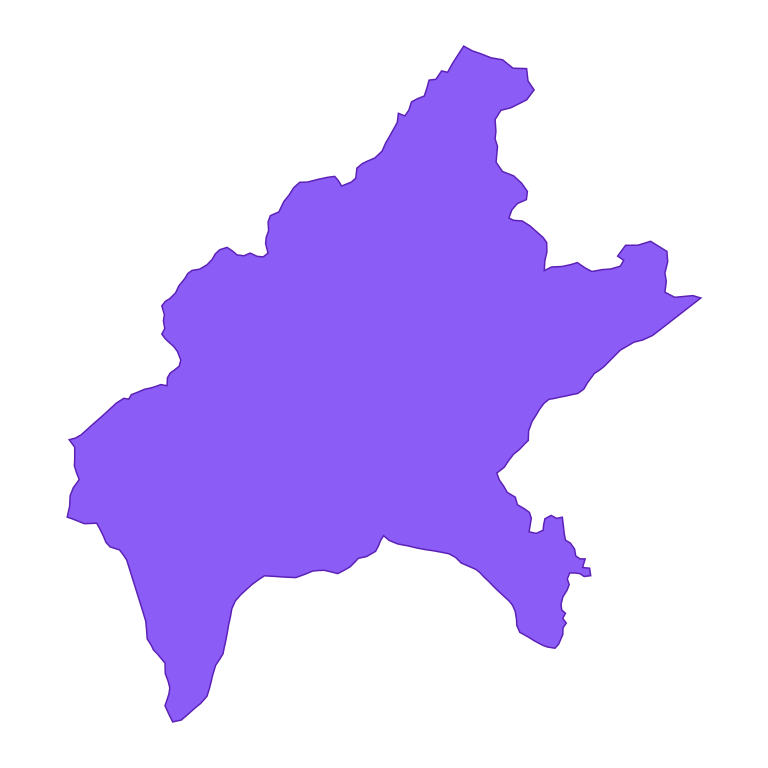 Goiânia, Goiás, Brazil
{"feature_id": "56859067B64953351303571", "entity_name": "Goiânia", "entity_type": "district", "adm_level": 2, "iso_a3": "BRA", "parent_name": "Brazil", "parent_adm1": "Goiás", "projection": "albers", "projection_center": [-49.264, -16.642], "detail": "fine", "context": "isolated", "style": "filled", "palette": "violet", "viewbox_px": 768, "rotation_deg": 0, "n_neighbors": 0, "source": "geoboundaries", "source_scale": "gbopen_adm2", "svg_char_len": 3982}
<svg xmlns="http://www.w3.org/2000/svg" viewBox="0 0 768 768"><path d="M172.7,721.9L181.2,720.1L187.5,714.7L194.7,708.3L200.8,703.3L207.0,696.2L209.6,687.8L211.2,681.5L212.6,675.3L215.7,665.2L219.8,659.1L223.0,653.8L224.3,647.3L225.6,641.5L227.2,633.1L228.6,625.0L230.5,616.4L231.8,608.8L235.3,601.0L240.4,595.1L245.2,590.6L252.0,584.5L258.0,580.1L264.4,575.8L274.5,576.4L281.2,576.9L286.5,577.2L295.7,577.6L304.4,574.5L312.6,571.1L318.4,570.5L324.2,570.3L331.5,572.0L337.7,573.6L342.8,571.0L350.0,566.9L354.8,562.2L358.3,558.3L366.5,556.6L375.6,551.3L378.3,546.2L380.7,540.3L383.6,535.7L389.0,540.3L397.5,543.9L408.5,546.0L416.8,548.0L425.4,549.6L432.9,550.7L442.2,552.4L449.0,553.8L455.6,557.4L461.2,563.0L469.0,566.4L475.9,569.4L479.9,572.6L483.7,576.7L489.0,581.7L493.3,586.2L497.5,590.3L504.0,596.3L509.1,601.0L512.5,605.2L515.2,611.3L516.5,619.4L516.8,625.4L519.8,632.3L528.4,637.1L534.4,640.9L543.0,645.4L547.8,647.1L555.0,648.2L558.6,644.3L562.8,634.5L563.0,627.8L566.3,623.1L562.7,618.4L565.5,613.3L561.7,609.9L561.0,604.4L562.9,596.9L567.0,590.3L569.2,584.6L567.3,578.9L569.7,573.0L575.1,573.0L580.0,573.7L584.2,576.5L590.7,575.7L589.6,568.2L582.6,567.5L585.1,558.9L580.0,558.9L575.7,555.9L574.6,549.1L570.3,543.0L565.5,540.2L564.2,533.4L563.4,525.9L562.3,517.2L556.6,518.4L551.1,515.4L544.9,518.8L543.6,525.0L543.1,530.2L536.3,533.4L529.1,531.8L530.0,526.1L531.3,518.3L529.4,512.4L524.6,508.9L517.4,504.7L515.3,497.2L507.3,492.4L503.7,486.2L499.4,480.1L496.8,473.1L504.3,467.2L508.3,461.1L513.4,454.4L519.3,449.6L524.2,444.4L528.3,440.4L528.6,430.9L532.1,421.4L536.5,414.5L539.4,409.5L544.0,403.3L549.0,399.3L554.1,398.5L559.7,397.2L565.4,396.1L571.7,394.7L577.7,393.5L583.8,389.1L587.6,382.6L594.3,373.5L600.2,369.6L604.4,366.2L620.2,350.2L633.9,342.2L642.7,340.0L652.7,335.4L700.8,298.0L692.9,295.6L674.8,297.3L664.9,292.2L666.3,281.4L664.9,273.2L667.7,261.6L666.9,251.4L650.6,241.3L637.9,245.2L625.6,245.3L617.6,256.1L623.7,260.3L620.3,266.2L610.6,269.0L602.4,269.6L591.9,271.5L584.9,267.8L577.4,262.6L570.4,264.7L561.9,266.5L551.5,267.0L544.3,270.6L544.8,261.1L546.9,251.9L546.7,242.6L543.2,237.6L530.1,226.0L522.3,221.0L513.5,220.3L508.9,218.0L511.9,209.8L517.3,203.6L526.4,199.6L527.4,191.4L521.6,183.2L513.7,175.9L502.5,171.5L496.1,162.3L496.6,156.4L497.5,146.6L495.1,138.8L495.9,131.3L495.1,119.5L500.9,110.3L510.8,107.8L526.7,99.8L534.1,89.9L528.0,80.9L526.6,68.6L513.0,68.2L502.6,59.8L491.0,57.8L481.2,53.9L472.2,50.8L463.7,46.1L452.7,63.1L447.6,72.3L441.6,70.9L435.9,79.3L429.1,80.1L427.3,86.8L424.3,96.0L417.9,98.5L411.5,101.9L408.8,110.3L404.8,115.9L398.4,113.3L397.3,122.4L390.1,135.4L385.7,142.9L382.1,151.1L374.8,158.0L367.9,160.9L362.3,163.6L356.9,168.1L355.8,178.1L351.3,182.1L341.6,186.0L338.4,180.7L334.7,176.4L327.7,177.3L318.3,179.3L307.4,182.1L299.7,182.3L293.7,187.7L289.1,195.0L283.8,201.6L278.9,211.9L270.4,215.6L268.1,221.9L268.6,230.7L266.2,237.4L265.6,243.5L268.0,253.1L263.2,256.9L257.0,256.3L250.1,253.1L243.9,255.8L237.0,254.9L232.9,251.3L227.1,247.4L219.8,249.7L215.3,253.9L212.1,259.5L207.1,264.7L199.6,269.2L192.0,270.4L187.8,273.5L184.7,278.7L178.9,285.8L175.5,293.0L169.8,298.6L165.3,301.4L161.8,305.9L164.4,314.8L163.4,320.9L164.8,328.5L161.8,334.1L165.3,338.8L169.2,342.5L173.8,346.6L177.4,351.4L180.8,360.1L179.2,366.2L174.7,369.8L170.3,372.9L167.5,377.6L167.0,385.7L160.8,384.6L155.6,386.5L150.6,388.0L144.7,389.2L137.2,392.4L131.3,394.7L128.7,399.2L123.8,398.3L116.1,403.3L104.3,414.2L96.8,420.8L91.2,425.7L86.1,430.4L81.0,434.9L75.4,438.1L69.2,439.7L74.7,447.2L74.7,458.8L74.4,465.9L76.3,472.1L79.2,479.6L73.3,487.7L70.2,495.5L69.6,506.4L67.2,517.1L71.8,518.7L78.2,521.2L84.4,523.7L96.7,523.2L99.8,528.8L103.6,536.5L106.0,542.4L110.1,546.9L119.5,549.9L123.6,555.3L126.7,560.0L142.4,610.1L145.7,621.0L146.5,629.0L147.2,638.8L151.3,645.4L153.5,650.0L157.1,653.6L165.0,663.1L165.3,673.6L168.2,681.4L169.8,687.9L168.9,694.1L167.1,699.6L165.0,705.7L169.1,714.7L172.7,721.9Z" fill="#8b5cf6" stroke="#5b21b6" stroke-width="1.5"/></svg>